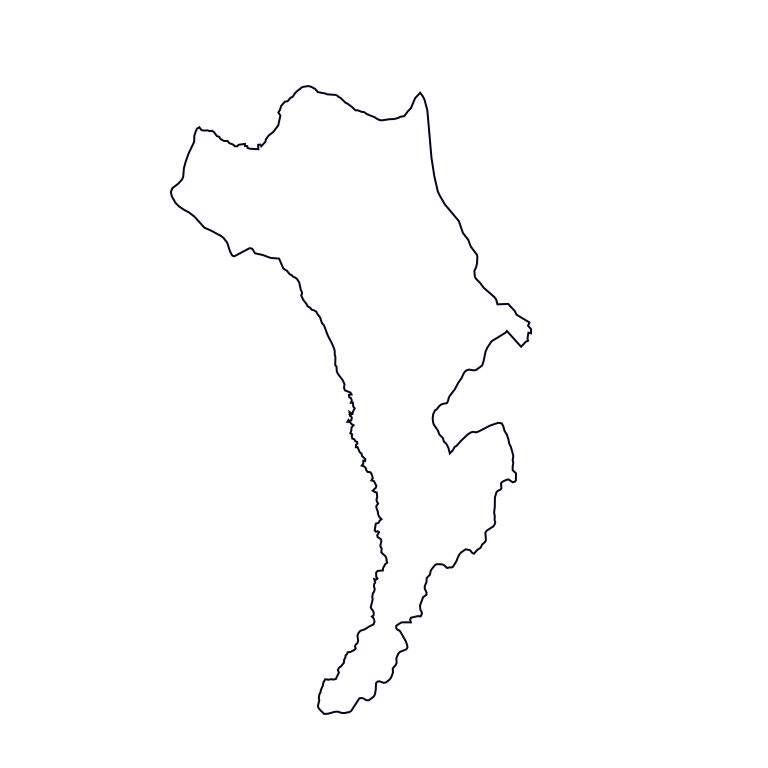 Webuye West, Western, Kenya (Mercator projection), rotated 345°
{"feature_id": "3690345B24019880317128", "entity_name": "Webuye West", "entity_type": "district", "adm_level": 2, "iso_a3": "KEN", "parent_name": "Kenya", "parent_adm1": "Western", "projection": "mercator", "projection_center": [34.696, 0.598], "detail": "fine", "context": "isolated", "style": "outline", "palette": "ink", "viewbox_px": 768, "rotation_deg": 345, "n_neighbors": 0, "source": "geoboundaries", "source_scale": "gbopen_adm2", "svg_char_len": 6134}
<svg xmlns="http://www.w3.org/2000/svg" viewBox="0 0 768 768"><g transform="rotate(345 384 384)"><path d="M330.2,288.9L332.6,291.6L333.3,293.5L334.9,294.3L337.3,296.5L337.7,298.9L339.5,303.2L339.8,308.9L341.2,311.9L342.2,322.1L344.3,331.9L344.9,336.6L345.0,339.0L344.0,342.9L344.1,345.1L341.8,353.1L342.6,355.1L341.7,359.3L342.0,362.0L345.0,369.3L345.8,373.8L344.3,377.7L344.7,380.1L349.4,383.6L349.9,385.7L347.3,385.4L347.0,387.9L348.5,389.2L348.6,391.7L347.2,393.6L349.1,393.9L348.5,397.9L349.4,399.9L346.5,403.1L345.9,404.8L343.1,404.9L344.2,407.9L343.3,410.2L341.0,411.7L342.4,414.4L343.9,415.9L341.4,417.6L340.3,420.7L338.7,423.0L340.2,424.4L339.3,426.2L339.3,428.6L341.1,429.8L341.4,431.8L343.1,432.9L342.9,434.7L341.3,435.4L340.5,437.8L342.1,438.1L342.8,443.3L344.3,445.5L344.1,447.8L346.5,451.7L345.8,453.4L344.2,452.8L343.2,455.8L341.4,457.1L343.5,458.5L344.7,460.6L344.5,462.4L345.4,464.7L348.0,465.7L348.7,467.6L348.8,472.0L346.9,473.9L349.1,475.1L350.3,480.5L349.2,482.1L345.5,484.1L347.0,485.8L348.9,486.9L348.2,491.5L346.9,493.4L346.7,495.9L347.4,497.9L344.9,500.0L344.6,502.7L345.0,505.2L344.6,508.9L345.2,511.6L346.6,513.9L344.6,514.8L342.8,516.7L339.9,516.8L337.1,523.0L338.0,524.6L339.7,524.6L340.8,525.9L338.2,528.5L338.3,530.2L340.9,533.2L340.7,535.5L339.1,538.1L338.5,540.0L339.2,542.1L337.8,546.0L340.8,550.7L341.2,553.5L340.7,555.5L340.9,557.4L338.7,558.2L335.4,561.7L334.6,563.8L329.4,562.9L327.6,564.1L326.6,568.1L327.3,570.3L325.6,570.9L324.1,569.9L324.1,573.5L322.6,574.9L321.9,577.0L322.0,579.6L320.6,582.1L319.1,583.3L317.6,586.5L317.3,589.2L313.4,596.2L313.6,597.8L314.8,600.4L314.8,602.8L314.0,604.8L312.1,605.5L313.1,606.9L313.5,609.3L313.2,611.4L311.6,613.5L307.3,614.3L302.0,616.0L297.3,616.3L295.0,617.8L293.2,620.2L292.6,625.2L291.3,627.4L289.1,628.5L288.0,630.2L288.2,632.2L286.4,633.2L282.1,634.2L279.5,633.7L278.4,635.4L276.7,636.1L275.9,638.2L274.1,640.1L273.1,642.9L269.2,645.7L267.1,646.4L265.4,648.3L265.8,651.0L261.1,656.5L258.6,656.4L256.4,655.4L254.2,655.4L250.8,654.0L248.0,656.9L247.0,659.4L243.7,663.4L242.9,665.4L241.4,666.8L239.7,670.6L239.6,672.8L236.8,678.0L236.9,680.1L237.9,682.3L240.8,687.2L244.7,688.0L251.6,687.9L254.5,688.5L258.4,691.0L260.9,691.6L265.5,691.9L267.6,691.4L278.9,681.2L281.3,681.6L283.2,682.7L284.9,684.8L287.6,685.6L293.3,683.2L295.0,681.3L297.0,676.9L298.9,670.9L300.6,669.8L302.4,669.9L306.6,672.7L308.9,672.7L313.0,670.9L314.8,669.5L317.9,665.3L318.9,660.9L322.6,658.4L323.9,656.9L325.0,652.0L328.0,648.2L330.1,646.9L336.8,646.1L338.4,644.7L338.8,642.4L338.4,637.9L335.8,627.8L335.0,626.0L333.5,624.9L332.6,623.0L333.2,620.7L338.2,619.0L339.9,618.9L348.2,621.2L348.3,618.2L349.6,616.7L356.9,617.0L359.2,618.0L361.2,615.7L361.3,613.4L360.7,611.7L361.5,607.2L366.6,600.0L370.4,598.6L371.1,596.6L370.4,592.0L371.1,589.8L373.8,586.2L375.1,582.4L379.1,580.0L380.7,576.6L382.4,575.0L386.7,571.9L389.0,571.8L393.0,573.1L394.9,574.3L397.4,578.1L399.8,578.1L401.6,578.7L403.3,578.4L408.0,574.0L411.2,569.7L413.1,567.8L414.8,566.7L420.1,564.8L424.1,566.8L425.5,570.0L427.0,571.2L431.1,568.4L434.9,567.2L437.2,564.5L440.8,562.7L442.1,561.0L443.4,554.0L445.1,552.3L452.8,549.8L454.5,548.3L455.7,546.4L455.6,544.1L456.8,540.1L457.1,536.6L459.2,531.4L461.8,522.2L464.7,517.6L466.3,516.6L468.4,516.4L470.3,515.4L471.4,510.1L473.0,509.1L477.6,508.2L479.7,508.5L482.8,512.2L484.9,512.3L486.4,511.3L488.4,504.5L486.0,500.6L486.9,497.1L488.5,493.6L488.6,490.8L490.3,487.0L490.3,477.7L489.5,474.0L489.9,469.8L489.5,464.3L488.3,460.6L488.3,455.8L487.5,452.5L484.4,451.1L481.7,451.2L475.6,451.6L462.9,454.4L460.3,454.5L457.9,453.3L455.6,453.2L452.3,454.2L444.2,458.5L437.9,462.6L436.1,463.0L433.2,465.9L429.6,468.1L429.7,462.9L429.1,459.2L428.3,457.0L427.0,455.3L426.8,451.3L424.4,447.1L424.0,442.9L421.6,436.1L421.5,434.0L422.1,429.9L423.7,425.9L426.4,422.7L428.3,422.2L431.5,419.7L433.6,418.7L436.0,418.4L439.7,418.8L441.6,416.8L442.7,414.5L444.3,412.6L451.1,407.4L456.2,401.9L460.5,398.3L464.0,394.1L465.9,392.7L467.7,392.1L469.9,392.1L474.1,394.0L476.5,394.3L483.6,391.5L486.3,387.4L490.4,379.1L493.2,375.6L499.1,370.5L514.7,365.9L516.4,364.6L526.1,383.5L531.9,379.9L534.3,379.6L534.4,377.1L536.8,371.8L539.1,373.1L540.2,369.0L538.2,365.0L540.4,362.2L530.0,351.4L529.2,347.4L524.7,338.8L514.2,336.4L514.2,331.5L513.3,328.9L505.2,316.8L502.9,311.1L500.0,306.0L499.6,303.8L500.5,298.2L503.4,294.8L505.0,291.7L507.1,285.4L507.2,283.2L503.4,273.7L502.7,266.6L499.3,258.5L498.5,246.1L489.2,226.1L486.4,215.5L485.8,211.6L486.4,196.2L488.4,177.8L496.7,130.8L496.7,119.4L495.7,115.4L494.3,112.1L488.1,115.9L481.4,124.5L477.7,126.7L472.9,130.5L468.8,130.1L466.8,130.7L462.4,130.7L457.6,129.6L450.2,128.8L448.1,127.9L446.0,126.2L444.1,124.0L437.6,119.1L435.0,116.1L432.8,115.3L429.4,112.8L427.3,112.3L424.6,107.9L421.4,103.9L419.6,102.3L415.9,96.2L414.6,95.2L413.6,93.5L412.0,92.2L404.1,89.5L402.7,88.3L395.6,84.9L393.8,81.1L390.5,78.0L387.9,76.6L383.3,76.1L380.9,76.3L379.5,77.2L377.1,78.0L373.4,80.0L370.2,82.9L367.7,83.4L364.0,86.0L361.4,85.6L356.6,88.8L354.4,92.4L352.2,94.4L353.4,97.9L348.8,106.8L342.1,112.0L336.8,114.2L333.2,117.1L332.2,119.3L327.0,122.6L326.5,120.7L324.3,120.4L323.4,124.7L315.3,122.0L313.3,120.6L313.5,118.9L311.3,118.1L311.8,116.1L305.4,115.3L303.8,116.4L301.5,115.8L300.4,113.8L296.8,111.2L295.8,108.8L292.4,107.9L289.5,105.0L288.8,102.7L286.7,101.2L285.0,96.7L283.4,94.9L281.0,94.6L279.2,93.3L276.1,92.7L273.5,91.6L272.0,88.2L269.5,89.0L267.9,90.7L265.0,95.2L263.7,99.8L262.6,101.8L254.8,110.9L250.0,117.9L246.6,123.7L243.8,131.6L242.2,133.9L237.4,137.1L230.2,140.1L227.8,143.4L227.6,147.9L229.5,155.1L231.8,159.2L236.3,164.4L239.8,167.5L244.3,173.4L251.0,186.6L255.9,190.4L265.0,198.9L266.8,201.4L269.1,206.8L269.6,216.1L270.6,220.6L272.5,221.9L289.4,218.0L291.7,219.2L293.3,224.4L300.1,227.9L307.2,232.9L315.1,235.7L316.7,246.6L319.5,249.5L321.3,253.6L322.9,254.8L324.0,256.9L325.7,258.1L327.1,259.9L328.4,263.9L328.0,271.8L328.5,273.9L328.2,275.5L327.0,276.9L327.7,281.6L329.9,286.8L330.2,288.9ZM341.0,411.7L340.5,409.6L338.9,411.1L341.0,411.7ZM343.1,404.9L344.6,403.7L343.4,402.1L343.1,404.9Z" fill="none" stroke="#020617" stroke-width="2"/></g></svg>